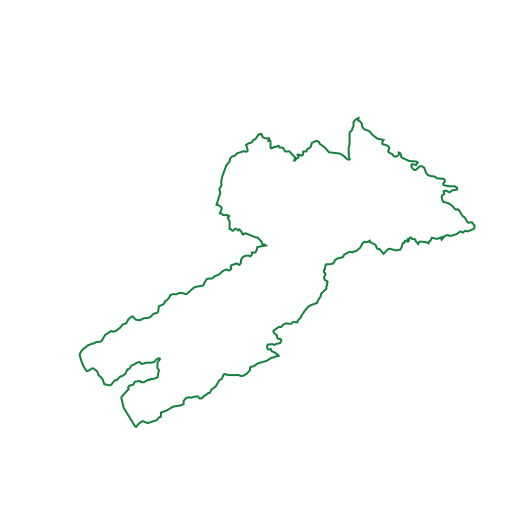 Kiharu, Central, Kenya (orthographic projection), rotated 326°
{"feature_id": "3690345B72180207858390", "entity_name": "Kiharu", "entity_type": "district", "adm_level": 2, "iso_a3": "KEN", "parent_name": "Kenya", "parent_adm1": "Central", "projection": "orthographic", "projection_center": [37.119, -0.71], "detail": "fine", "context": "isolated", "style": "outline", "palette": "green", "viewbox_px": 512, "rotation_deg": 326, "n_neighbors": 0, "source": "geoboundaries", "source_scale": "gbopen_adm2", "svg_char_len": 6100}
<svg xmlns="http://www.w3.org/2000/svg" viewBox="0 0 512 512"><g transform="rotate(326 256 256)"><path d="M61.1,330.6L65.7,329.3L69.8,329.5L72.7,334.0L81.6,336.5L85.9,335.6L87.1,336.1L89.7,332.7L95.4,334.1L102.9,334.5L109.7,337.6L113.1,338.4L115.0,335.7L118.6,334.7L121.1,335.4L123.4,337.5L125.4,337.8L128.8,339.5L129.5,340.6L129.4,342.4L130.5,343.3L133.5,343.5L134.9,342.9L136.4,343.3L139.7,342.9L140.9,343.7L144.5,341.8L149.4,341.7L156.4,338.4L159.0,338.7L162.7,336.3L163.9,336.2L166.5,339.3L174.8,344.8L176.3,347.0L178.2,348.1L182.5,348.4L187.0,347.4L188.6,345.2L189.8,344.9L192.3,346.1L197.4,346.0L206.2,348.9L212.3,349.0L213.6,350.0L216.0,350.2L218.9,351.5L219.0,350.3L217.3,346.0L215.8,343.7L216.2,341.4L214.0,340.6L213.7,339.6L214.2,337.5L216.1,336.0L220.2,338.1L221.4,340.0L222.8,340.0L227.2,341.6L228.6,341.1L229.7,340.3L229.9,339.1L229.7,338.0L228.3,337.5L227.9,336.6L228.0,335.3L229.0,333.4L227.9,330.1L228.0,328.7L228.9,327.6L235.4,327.6L237.2,329.0L240.0,328.1L243.2,328.6L246.4,331.4L247.4,331.9L250.0,331.5L253.1,334.1L254.6,332.9L259.2,331.9L259.9,331.1L265.8,328.7L270.4,327.3L274.0,327.4L280.6,329.1L282.4,327.5L286.5,325.9L289.0,323.7L296.0,322.5L297.4,320.5L298.9,319.8L299.4,318.3L300.6,317.9L301.0,316.8L299.7,314.4L300.3,311.8L303.2,310.2L303.7,308.9L303.3,307.5L303.8,306.5L304.5,305.6L306.0,305.3L308.4,302.5L309.7,302.2L312.8,304.3L315.3,305.2L317.2,304.9L319.3,303.5L322.9,303.7L325.6,305.0L327.7,305.4L329.8,304.2L333.1,304.4L336.3,305.1L338.2,307.1L339.2,306.8L341.7,307.9L347.0,307.4L351.5,305.0L353.6,304.8L355.9,306.8L358.8,306.9L358.3,308.2L361.3,313.5L360.6,317.4L361.0,318.7L362.3,319.1L363.0,325.6L367.0,324.6L369.7,324.3L370.9,324.7L375.1,329.6L379.1,331.4L381.7,330.1L384.9,327.4L386.4,327.9L388.0,326.7L389.9,328.9L391.0,329.1L391.6,328.2L390.4,327.7L391.0,326.8L392.5,327.4L394.0,327.0L394.9,327.4L394.9,329.0L397.3,331.3L396.7,332.7L397.1,336.8L399.4,335.5L400.7,336.2L404.7,339.6L406.1,342.0L407.1,340.9L409.3,340.8L412.0,339.2L415.7,343.1L420.3,344.2L419.2,344.9L419.0,346.3L423.6,345.0L425.9,345.5L427.1,346.2L427.5,347.5L430.4,348.8L434.3,350.0L439.3,349.9L440.6,352.3L443.3,352.1L445.5,354.1L451.8,355.3L453.2,354.5L454.2,353.0L453.8,348.6L450.6,347.2L450.2,345.9L450.6,340.8L449.6,338.1L449.9,331.0L449.3,329.9L448.0,329.7L447.1,328.1L446.8,324.0L445.0,319.8L441.5,315.8L441.9,313.6L442.9,310.8L444.2,309.7L446.7,309.9L447.4,307.9L448.2,307.2L449.8,307.9L452.2,311.6L454.9,311.2L460.0,313.3L460.7,312.4L460.7,311.2L459.4,309.0L455.7,306.7L451.2,302.3L451.4,300.9L454.5,299.7L455.0,298.1L454.6,296.8L449.6,293.0L448.6,290.1L445.3,287.2L443.9,285.1L443.5,282.1L444.8,277.0L444.0,274.9L443.0,273.8L441.7,273.2L437.4,273.9L435.9,273.7L435.0,272.6L434.8,269.4L435.1,268.2L436.2,267.1L437.6,267.7L439.3,270.2L442.4,268.9L441.6,267.2L436.1,262.9L432.9,257.7L431.7,255.4L432.8,253.2L432.9,251.0L432.2,250.1L431.6,251.4L430.3,252.1L428.7,252.1L426.6,251.2L426.0,250.1L425.8,247.5L424.1,244.6L424.1,243.2L427.0,240.9L427.1,239.4L425.9,236.8L423.5,234.2L423.6,232.9L426.7,231.0L422.5,227.0L420.4,221.2L419.9,216.1L416.5,211.3L416.5,207.7L417.7,205.7L417.5,202.6L416.5,200.6L418.1,199.0L415.2,198.5L411.8,199.4L409.6,202.7L407.3,204.0L406.3,205.3L402.7,205.9L395.8,216.0L393.1,218.3L388.7,225.5L387.7,228.3L386.5,227.9L385.4,225.7L384.4,221.3L382.6,217.8L374.4,210.7L373.9,205.2L371.5,198.2L372.0,196.7L371.4,195.3L370.0,194.1L365.5,193.5L362.9,195.8L360.7,196.6L359.3,196.0L357.6,196.3L356.3,197.5L353.6,195.8L351.7,198.2L349.8,198.3L348.2,195.7L347.0,195.4L347.0,197.1L346.2,198.1L345.0,198.2L344.0,197.5L341.9,198.7L341.0,198.2L343.5,196.4L342.1,187.8L339.0,186.0L338.6,184.9L339.0,182.0L338.4,180.8L336.3,179.3L336.4,177.6L335.7,176.8L334.3,177.1L331.8,175.6L329.3,175.7L328.6,174.5L332.0,169.2L332.2,168.2L330.8,167.6L332.1,166.9L332.7,165.4L330.7,164.9L328.0,161.5L328.8,157.9L327.9,157.2L326.8,157.5L326.0,156.7L320.9,158.8L318.4,158.3L316.3,159.5L312.5,158.4L309.9,158.4L308.4,163.4L307.4,164.4L305.9,163.9L304.4,162.2L297.3,160.2L294.7,161.1L292.2,160.2L289.4,160.5L286.7,163.0L282.0,164.3L271.7,171.8L268.7,175.0L267.0,178.0L263.0,180.1L261.6,183.9L251.9,191.4L253.5,193.2L254.6,196.2L254.2,197.4L250.0,200.4L250.8,201.0L251.7,203.7L255.0,206.0L256.1,208.0L254.0,208.5L253.4,212.9L249.2,218.7L250.1,219.7L250.2,221.1L251.1,222.3L252.9,221.7L254.5,222.1L255.8,225.0L256.9,224.6L257.5,227.3L257.0,230.2L257.5,231.1L258.8,230.7L260.2,231.6L266.4,240.7L267.7,241.4L268.6,247.5L267.8,250.0L269.7,251.5L270.1,252.8L262.0,249.3L260.5,251.0L257.9,252.6L256.7,252.5L255.7,251.3L254.5,251.0L253.1,252.7L250.9,253.1L249.9,251.2L246.5,249.7L243.9,249.6L241.6,250.7L239.2,253.6L237.2,254.1L235.7,251.3L230.1,249.9L229.0,250.8L228.5,252.6L227.0,253.1L225.6,253.0L223.8,250.6L222.8,250.3L219.7,249.9L215.2,250.7L210.3,249.6L207.1,250.1L203.2,247.8L202.1,247.7L198.1,249.4L196.9,250.6L195.4,250.8L188.6,247.8L186.5,247.5L177.4,248.7L176.2,248.1L174.5,245.8L172.4,244.2L170.9,243.5L168.4,243.2L166.0,241.2L163.2,240.5L160.7,242.0L157.0,242.8L155.4,242.6L153.8,243.8L151.5,244.2L147.5,243.3L143.6,247.5L141.8,247.8L139.3,246.7L136.5,246.9L135.5,247.5L132.5,247.2L128.3,244.9L124.2,244.5L122.3,243.1L120.6,241.3L120.1,237.2L118.6,236.8L115.0,237.0L110.8,239.3L107.4,238.3L103.4,239.4L98.1,239.8L95.6,239.2L93.9,237.2L87.9,237.1L86.6,237.1L81.0,240.0L79.5,240.2L75.3,238.0L72.2,237.8L71.1,237.0L65.9,236.0L63.1,236.6L61.7,236.3L57.8,237.3L55.2,238.6L54.2,240.1L52.2,246.5L51.3,251.2L51.3,256.8L52.8,257.4L57.3,257.5L58.4,258.4L59.8,262.9L58.9,266.8L60.0,271.8L58.6,277.5L62.3,281.4L63.7,281.8L69.6,280.2L71.0,281.0L76.1,280.0L77.4,280.6L81.8,280.7L86.0,278.0L86.9,278.7L88.3,278.5L91.4,277.2L95.1,277.9L97.2,277.7L100.1,278.7L100.9,281.6L106.5,283.7L109.1,285.7L112.5,287.0L115.0,286.2L117.4,286.2L118.6,286.7L118.8,287.7L114.8,289.3L112.0,293.0L111.4,294.5L111.8,295.7L111.5,296.6L106.5,301.5L102.3,300.6L100.0,299.1L98.8,299.4L98.0,298.5L92.3,297.9L90.1,296.4L90.3,295.4L89.5,294.5L85.2,292.5L82.9,293.8L81.5,293.9L80.5,293.1L77.9,292.9L76.4,293.5L76.0,295.1L65.6,297.7L64.8,298.8L61.4,308.0L60.5,329.1L61.1,330.6Z" fill="none" stroke="#15803d" stroke-width="2"/></g></svg>